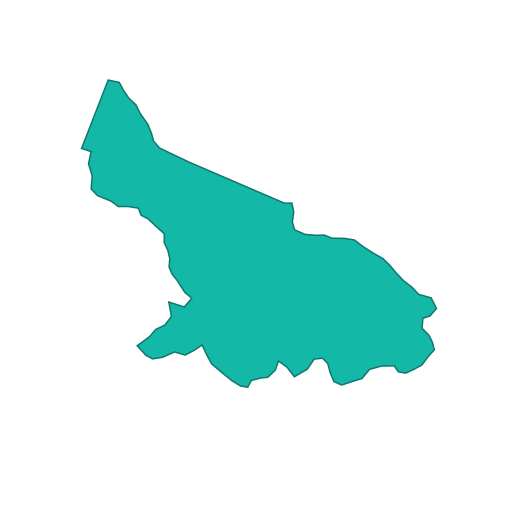 Arara, Paraíba, Brazil (Robinson projection), rotated 196°
{"feature_id": "56859067B48385151436783", "entity_name": "Arara", "entity_type": "district", "adm_level": 2, "iso_a3": "BRA", "parent_name": "Brazil", "parent_adm1": "Paraíba", "projection": "robinson", "projection_center": [-35.733, -6.862], "detail": "fine", "context": "isolated", "style": "filled", "palette": "teal", "viewbox_px": 512, "rotation_deg": 196, "n_neighbors": 0, "source": "geoboundaries", "source_scale": "gbopen_adm2", "svg_char_len": 1438}
<svg xmlns="http://www.w3.org/2000/svg" viewBox="0 0 512 512"><g transform="rotate(196 256 256)"><path d="M89.1,264.0L97.7,269.1L107.4,272.9L116.4,278.3L124.8,283.9L133.3,288.5L144.2,291.1L156.1,294.7L165.8,298.5L175.5,297.4L187.7,294.1L196.2,294.9L204.5,292.3L214.9,290.3L226.1,291.8L230.4,298.7L231.9,308.9L236.1,316.8L243.2,314.6L346.5,327.8L378.5,333.2L386.2,338.3L390.0,344.7L396.1,352.6L406.5,361.0L413.2,368.3L421.6,372.5L429.1,378.8L435.3,385.2L446.6,384.4L453.3,311.3L443.3,310.9L442.4,298.5L435.5,287.7L432.9,275.0L425.1,270.4L418.0,269.6L410.1,268.7L401.9,265.6L392.6,268.3L382.2,269.6L377.7,263.5L370.0,262.0L360.3,256.9L350.3,252.1L348.0,243.7L342.4,237.3L338.2,229.8L336.5,221.4L331.7,215.5L324.6,210.4L314.5,201.5L306.1,197.7L310.9,187.2L327.1,187.7L320.6,174.5L324.6,164.5L332.3,157.6L335.8,149.7L340.6,143.2L345.5,137.0L334.6,130.3L327.1,128.6L318.2,132.7L307.8,141.3L296.7,141.3L289.0,148.8L283.3,155.6L275.9,147.2L268.8,140.0L254.3,133.5L244.6,129.4L234.9,126.8L227.8,127.6L226.1,135.2L217.8,140.0L211.1,142.8L205.9,151.8L205.5,161.3L195.5,157.6L185.8,150.5L175.5,161.3L171.7,172.9L163.9,176.1L157.5,172.5L152.5,164.3L146.4,156.7L138.0,155.6L129.0,161.8L120.4,167.4L115.6,178.3L105.2,184.7L92.9,188.5L87.2,183.9L79.8,184.7L73.5,190.1L66.5,196.9L62.5,207.4L58.7,215.0L62.7,221.7L67.7,227.3L76.5,232.4L78.4,242.1L72.3,246.2L68.0,255.3L76.1,264.0L89.1,264.0Z" fill="#14b8a6" stroke="#0f766e" stroke-width="1.5"/></g></svg>